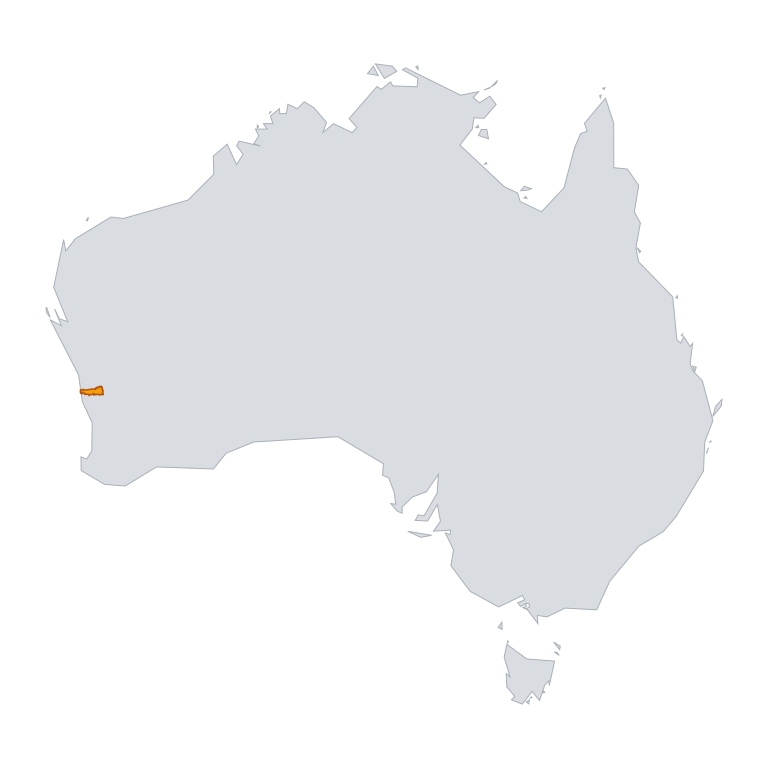 Coorow, Western Australia, Australia shown in context
{"feature_id": "25037944B10831634124389", "entity_name": "Coorow", "entity_type": "district", "adm_level": 2, "iso_a3": "AUS", "parent_name": "Australia", "parent_adm1": "Western Australia", "projection": "albers", "projection_center": [115.183, -29.979], "detail": "fine", "context": "in_parent", "style": "filled", "palette": "amber", "viewbox_px": 768, "rotation_deg": 0, "n_neighbors": 0, "source": "geoboundaries", "source_scale": "gbopen_adm2", "svg_char_len": 5520}
<svg xmlns="http://www.w3.org/2000/svg" viewBox="0 0 768 768"><path d="M613.7,123.2L613.8,167.7L627.3,169.0L638.7,185.4L634.3,211.8L640.4,223.0L635.9,247.7L638.6,261.8L672.7,296.9L676.9,339.9L680.8,343.2L683.7,336.7L690.2,346.4L692.6,343.4L690.1,363.9L693.3,371.3L702.4,380.9L712.9,420.7L704.7,442.2L703.5,471.0L676.3,516.3L663.2,531.7L638.9,546.1L609.9,581.0L596.7,609.8L565.1,608.1L546.8,616.9L537.4,615.4L537.9,623.6L526.6,608.8L529.4,606.8L529.1,603.9L526.5,603.1L520.5,606.5L517.8,602.7L524.7,599.8L522.4,595.5L498.7,607.0L470.2,591.4L450.9,565.8L453.5,549.7L445.3,532.9L449.9,534.5L450.7,530.2L433.4,531.1L440.5,521.3L437.3,504.4L427.7,521.0L415.2,520.4L418.3,514.9L424.0,515.9L437.1,493.1L438.5,474.3L426.2,491.9L412.5,496.9L402.1,507.0L402.2,513.1L397.5,511.4L390.7,503.5L395.7,504.3L394.2,492.3L388.8,478.0L382.6,475.2L383.4,463.7L337.9,436.7L253.7,442.0L226.2,453.1L213.4,469.0L156.6,466.9L125.2,486.0L104.5,484.4L81.2,470.6L81.0,456.8L86.7,459.1L91.8,450.8L92.2,422.8L82.3,401.5L78.6,375.0L50.3,319.9L61.4,325.7L54.6,309.0L59.4,318.8L67.7,321.7L53.7,287.3L63.6,239.7L65.8,250.8L75.6,238.5L111.0,217.0L123.3,218.5L188.0,200.1L213.8,174.1L213.3,156.1L227.2,144.2L236.6,164.7L243.1,154.2L236.6,145.8L239.1,141.1L260.3,146.1L253.7,143.6L258.8,136.2L255.5,129.1L267.1,129.1L263.4,123.6L273.0,123.7L270.4,116.1L279.5,108.6L279.7,113.6L286.4,113.6L287.9,104.3L297.3,108.6L304.3,101.7L314.1,107.9L326.5,122.4L322.9,132.6L333.4,123.7L352.2,132.6L356.9,127.5L349.1,118.6L377.0,86.5L381.3,89.4L390.5,81.8L392.8,85.9L417.2,86.8L417.8,78.2L402.5,69.7L405.5,67.9L460.6,95.2L478.6,91.7L473.2,97.7L479.6,102.8L489.8,96.2L496.1,104.5L484.1,118.3L473.9,117.8L472.3,129.1L459.9,145.1L504.5,186.9L517.6,193.0L520.2,201.6L541.5,211.8L564.0,187.8L574.5,147.9L580.6,133.5L587.2,131.3L584.4,123.4L605.5,98.2L613.7,123.2ZM506.8,644.3L526.8,659.0L554.6,661.1L549.3,685.5L548.8,680.7L544.7,685.0L539.5,700.5L532.1,691.4L522.3,704.1L511.4,699.8L514.8,696.4L506.8,686.9L506.2,673.6L510.0,677.0L504.2,657.2L506.8,644.3ZM375.4,63.9L392.3,66.2L396.8,71.3L384.4,78.4L375.4,63.9ZM407.8,531.3L431.6,535.3L420.7,537.3L407.8,531.3ZM486.8,129.4L488.5,138.8L478.5,135.4L481.3,129.5L486.8,129.4ZM712.8,416.5L715.6,406.4L721.9,399.4L721.4,405.8L712.8,416.5ZM553.5,642.0L560.3,646.2L559.6,649.6L553.5,642.0ZM373.4,66.2L378.2,75.5L367.5,73.6L373.4,66.2ZM502.1,629.4L498.0,627.4L501.8,622.2L502.1,629.4ZM531.4,188.8L526.0,190.3L520.8,190.7L524.3,186.3L531.4,188.8ZM50.2,317.5L46.5,312.5L46.1,307.9L46.7,307.6L50.2,317.5ZM557.0,652.3L559.2,655.4L554.3,652.0L557.0,652.3ZM692.8,366.2L696.2,367.2L694.7,371.6L692.8,366.2ZM637.2,247.6L640.7,251.4L639.5,252.7L637.2,247.6ZM529.5,699.9L528.7,703.8L526.3,701.8L529.5,699.9ZM708.4,447.6L706.8,453.1L706.5,452.9L708.4,447.6ZM418.2,69.6L415.8,66.9L417.8,65.9L418.2,69.6ZM496.1,83.5L491.2,87.0L497.4,80.4L496.1,83.5ZM711.2,441.3L709.0,442.5L710.7,441.0L711.2,441.3ZM486.9,163.8L484.5,164.2L486.1,162.4L486.9,163.8ZM478.7,127.7L475.8,127.6L478.0,125.2L478.7,127.7ZM88.4,217.1L87.6,220.8L86.3,220.5L88.4,217.1ZM601.2,95.1L600.3,98.0L599.7,95.6L601.2,95.1ZM526.2,604.6L526.3,606.5L525.6,605.8L526.2,604.6ZM489.9,88.0L483.9,89.9L490.2,87.3L489.9,88.0ZM271.1,111.8L269.0,113.8L270.5,111.4L271.1,111.8ZM531.9,697.5L530.3,697.9L531.4,696.7L531.9,697.5ZM526.9,198.6L524.0,197.9L525.9,196.5L526.9,198.6ZM258.8,126.8L257.2,127.9L257.3,125.1L258.8,126.8ZM544.7,692.4L542.5,693.0L543.7,691.0L544.7,692.4ZM604.9,87.7L604.1,89.6L602.7,88.2L604.9,87.7ZM524.4,606.8L525.9,609.0L522.8,607.6L524.4,606.8ZM677.6,298.2L675.8,297.7L677.2,295.7L677.6,298.2ZM682.3,335.9L681.3,335.6L682.6,334.0L682.3,335.9ZM508.5,641.6L507.6,642.9L507.6,640.9L508.5,641.6Z" fill="#d9dde1" stroke="#a8b0b8" stroke-width="1"/><path d="M80.6,389.8L80.6,390.0L80.5,390.3L80.4,390.5L80.4,390.8L80.4,391.0L80.5,391.1L80.5,391.3L80.4,391.3L80.4,391.5L80.3,391.8L80.3,392.0L80.4,392.3L80.5,392.4L80.7,392.5L80.8,392.6L80.8,392.8L80.9,393.0L80.9,393.3L81.0,393.4L81.0,393.5L81.7,393.8L81.7,393.1L81.6,392.4L82.3,392.4L82.3,393.0L83.0,393.0L83.5,393.0L84.4,393.0L84.5,393.1L84.5,393.7L84.8,393.7L84.8,394.3L87.2,394.3L88.8,394.3L88.8,394.9L89.5,394.9L89.5,395.0L89.6,394.9L89.8,394.9L90.0,394.8L90.3,394.8L90.3,394.7L90.5,394.7L90.8,394.7L91.4,394.6L91.5,394.6L91.9,394.5L92.1,394.4L92.3,394.3L93.1,393.8L93.4,393.7L93.7,393.6L93.9,393.6L93.8,394.9L94.5,394.7L95.2,394.7L95.2,394.4L95.4,394.4L96.6,394.4L96.8,394.4L96.8,394.5L97.0,394.5L97.3,394.5L97.3,394.4L97.7,394.4L97.9,394.4L99.1,394.4L99.1,394.5L99.4,394.5L99.6,394.5L99.6,394.9L99.9,394.9L100.0,394.9L100.2,394.7L101.4,394.7L101.4,394.2L101.8,394.2L102.0,394.2L102.0,394.6L102.9,394.6L102.9,394.4L103.2,394.4L103.2,393.7L102.9,393.5L102.9,392.4L103.0,391.7L102.9,391.7L103.0,391.5L103.0,390.4L102.4,390.4L102.4,390.1L102.4,389.8L102.4,389.5L102.4,389.3L102.3,389.2L102.2,389.2L102.2,388.7L102.0,388.1L101.9,388.0L101.9,387.8L102.2,387.8L102.2,387.7L102.0,387.4L102.0,387.5L101.9,387.4L101.6,387.4L101.7,387.2L101.2,387.2L101.2,386.7L100.7,386.7L100.7,386.9L100.3,386.9L100.3,386.7L100.1,386.7L100.1,386.4L99.9,386.4L99.9,386.5L99.5,386.5L99.5,386.8L99.4,386.8L99.4,387.0L99.2,387.0L98.9,387.2L98.7,387.2L97.6,387.1L97.7,387.4L97.7,387.5L97.7,387.8L97.4,387.8L97.2,387.7L96.8,387.7L96.7,387.7L96.7,387.8L96.6,388.0L96.4,388.0L96.1,388.0L96.1,388.3L95.5,388.3L95.5,388.8L95.5,389.3L94.6,389.3L94.5,389.1L92.8,389.0L89.1,389.5L86.1,389.9L85.1,390.0L84.4,390.0L83.2,390.0L83.2,389.8L83.3,389.5L83.0,389.5L82.8,389.8L82.7,389.8L80.7,389.8L80.6,389.8Z" fill="#f59e0b" stroke="#b45309" stroke-width="1.5"/></svg>